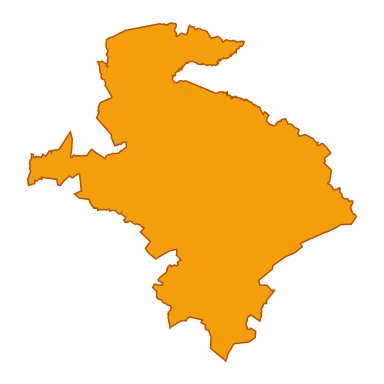 Olinalá, Guerrero, Mexico (Mercator projection)
{"feature_id": "50627088B95412074222990", "entity_name": "Olinalá", "entity_type": "district", "adm_level": 2, "iso_a3": "MEX", "parent_name": "Mexico", "parent_adm1": "Guerrero", "projection": "mercator", "projection_center": [-98.791, 17.883], "detail": "fine", "context": "isolated", "style": "filled", "palette": "amber", "viewbox_px": 384, "rotation_deg": 0, "n_neighbors": 0, "source": "geoboundaries", "source_scale": "gbopen_adm2", "svg_char_len": 5877}
<svg xmlns="http://www.w3.org/2000/svg" viewBox="0 0 384 384"><path d="M42.7,154.2L41.6,157.3L35.9,156.4L35.6,157.8L35.0,157.9L33.5,157.0L33.7,154.9L31.5,154.0L31.4,158.5L30.0,160.7L29.7,164.6L30.5,165.9L29.5,168.3L30.6,171.1L27.7,179.2L28.5,185.5L34.7,183.6L34.9,180.4L37.3,181.0L39.4,178.6L42.0,179.3L41.4,177.3L56.9,179.4L57.6,184.8L60.4,185.5L63.6,181.2L69.3,176.0L72.3,178.0L77.5,174.1L79.6,173.8L81.2,189.9L81.8,190.7L74.5,194.0L79.3,198.2L89.1,199.4L89.9,202.2L91.9,205.8L94.1,208.2L94.5,207.8L94.9,207.8L94.5,208.2L97.5,208.3L97.7,210.4L99.3,209.8L106.1,209.5L105.9,210.0L106.2,210.1L108.3,209.6L109.0,209.0L109.6,209.3L109.8,211.1L112.4,210.3L115.2,210.5L118.6,214.0L120.8,213.7L121.6,212.8L121.7,214.3L125.5,216.9L124.9,219.0L123.7,220.5L124.3,220.8L124.8,222.0L127.1,222.4L129.4,221.3L131.1,221.3L133.4,223.5L135.6,224.2L137.7,223.9L138.3,224.6L140.1,224.7L141.7,226.9L143.7,227.3L144.2,228.1L140.5,232.1L150.0,241.3L149.8,242.3L145.4,248.3L147.9,252.2L155.6,258.9L169.5,250.8L176.7,249.4L176.9,252.5L176.4,255.1L180.8,259.7L180.1,259.7L179.0,261.3L177.4,262.3L178.1,264.7L176.0,265.9L174.7,264.9L171.3,267.0L171.2,265.4L169.4,265.1L169.3,265.8L167.3,267.6L167.5,269.2L166.7,269.6L167.2,270.8L166.4,272.3L159.8,277.5L158.1,279.9L158.8,281.3L162.2,282.4L162.4,285.2L158.2,285.2L156.6,284.3L154.4,284.2L152.6,287.6L156.4,291.1L156.7,296.5L157.4,298.6L161.7,300.0L163.2,302.7L165.0,303.1L167.9,305.1L170.7,305.6L170.7,306.9L171.4,307.6L170.3,310.7L169.4,311.2L167.8,314.0L168.8,314.6L168.0,316.5L170.1,328.0L170.8,327.1L179.9,321.4L184.1,320.4L185.8,321.0L187.4,318.5L189.5,316.8L202.3,319.9L201.0,322.7L205.7,324.9L205.1,327.7L205.4,328.6L206.2,329.8L208.6,330.3L211.1,337.1L210.5,348.3L225.8,361.0L227.7,354.4L233.9,343.7L248.6,342.1L255.2,337.7L255.7,331.4L250.8,328.2L249.7,329.5L247.3,329.0L247.5,327.5L245.9,324.7L247.2,320.4L247.4,317.8L249.6,316.1L249.8,315.1L251.2,315.2L259.9,321.2L261.6,314.8L260.6,313.4L261.7,312.4L261.4,308.4L262.6,307.2L262.5,306.8L264.4,303.2L266.6,303.6L266.5,300.6L274.7,290.3L271.3,290.4L267.0,285.2L259.9,285.1L258.6,280.5L272.3,269.1L273.0,265.4L285.9,256.5L294.3,253.0L302.3,246.8L300.6,244.0L300.6,243.2L324.6,232.5L327.1,231.9L336.3,227.5L340.9,224.6L351.3,224.2L356.3,216.9L355.6,215.2L352.4,213.0L352.1,211.3L351.0,209.5L350.7,206.9L352.4,203.6L352.8,202.0L352.4,200.9L348.9,201.2L347.5,198.5L345.4,199.2L342.3,197.4L341.8,194.0L340.6,192.8L339.6,190.9L340.3,188.7L339.7,187.9L338.6,187.9L338.0,189.2L333.5,189.8L332.2,186.8L331.1,186.1L330.7,185.1L327.8,183.8L327.8,183.2L329.2,182.2L329.9,180.3L331.4,170.1L323.9,162.8L325.3,161.5L324.5,158.2L330.2,153.6L330.5,152.5L327.5,148.7L326.8,147.2L324.4,145.5L322.9,143.7L321.2,143.8L319.5,145.2L317.8,145.3L317.2,144.5L318.1,142.6L315.7,142.4L313.3,138.8L305.4,134.6L299.2,136.2L297.7,133.6L298.9,130.9L298.8,129.5L294.2,127.0L292.7,125.2L290.5,124.0L288.3,124.3L285.6,118.7L281.4,119.7L281.0,121.3L279.3,121.1L278.4,122.1L277.3,122.3L276.8,123.7L275.9,123.1L276.5,124.2L275.0,125.6L273.6,126.0L272.5,125.1L269.9,124.6L266.7,121.0L266.8,119.4L267.7,116.7L268.9,115.3L267.6,114.4L267.3,113.5L264.6,112.0L263.3,114.4L260.1,109.1L260.4,108.3L260.1,107.9L258.8,106.8L257.3,106.6L254.6,104.8L253.4,104.6L251.5,102.3L248.4,101.2L247.1,99.6L246.6,100.1L245.6,99.3L245.1,100.3L244.3,100.0L244.0,100.4L241.9,98.6L241.2,99.1L241.0,98.5L236.7,97.4L236.2,96.5L235.3,97.1L234.6,96.4L233.8,97.3L232.0,96.8L232.7,98.2L231.3,98.8L230.4,97.6L230.5,95.7L228.6,95.1L227.5,95.7L226.8,95.5L226.7,94.9L227.5,94.2L227.3,92.9L226.7,93.2L227.0,92.1L225.6,92.9L225.0,92.3L223.6,93.1L223.3,92.0L219.9,91.9L216.1,93.4L185.5,80.7L183.0,81.4L181.7,80.8L179.9,80.7L177.3,82.7L175.0,82.7L173.8,81.9L172.5,79.4L172.8,76.8L173.4,76.4L173.0,76.2L173.7,76.1L173.6,75.3L175.1,75.3L175.7,74.6L175.3,73.1L177.0,71.8L177.1,70.9L179.0,71.1L179.3,69.3L179.7,69.7L181.8,69.5L182.1,69.0L181.1,67.9L182.8,67.3L182.6,66.3L184.6,65.1L185.9,63.0L187.8,63.3L187.7,62.2L192.2,61.3L196.3,62.6L196.6,63.5L199.6,64.4L201.0,64.1L201.9,64.8L202.9,63.6L206.5,65.4L210.8,64.5L211.9,65.7L213.9,64.8L214.6,65.4L216.0,65.3L217.3,64.7L218.5,63.3L218.5,62.6L217.0,62.6L218.5,60.1L219.4,60.1L219.6,60.9L220.2,61.0L221.3,59.4L222.9,58.8L223.3,58.1L225.5,58.3L226.0,58.8L229.6,56.9L230.0,55.6L230.9,56.2L231.3,55.9L231.2,54.7L231.7,54.9L233.0,54.3L235.4,52.0L236.2,52.6L236.3,49.3L238.7,48.6L239.7,46.3L241.7,46.4L243.1,44.7L244.2,42.0L243.7,41.3L240.8,41.3L236.8,42.3L234.1,40.3L230.3,41.1L226.2,39.7L223.0,42.1L221.5,39.4L218.6,36.9L216.9,36.4L214.9,37.5L211.1,38.1L206.9,31.5L205.5,30.7L201.9,29.9L200.1,28.5L197.3,28.8L196.0,29.4L194.9,29.3L194.1,27.1L190.6,26.4L189.6,25.4L188.6,26.9L187.8,31.8L186.7,34.3L184.5,34.4L181.4,33.2L177.0,36.6L176.1,36.0L176.6,33.5L174.6,31.2L174.9,29.1L176.2,26.3L176.2,24.5L175.5,23.4L174.2,23.9L172.2,23.0L169.4,23.3L167.7,25.0L165.2,24.7L163.4,23.9L162.2,24.5L160.0,23.7L125.5,30.4L111.7,37.4L110.0,37.5L106.5,39.7L105.9,46.0L106.7,49.0L108.0,50.4L107.8,51.9L106.3,54.4L108.2,57.5L107.4,60.1L107.6,61.7L106.9,65.4L108.1,66.8L107.5,66.9L106.6,65.8L106.6,63.5L105.2,63.4L101.9,61.0L100.7,61.9L98.2,61.4L97.5,62.0L98.3,62.6L98.3,64.0L99.1,64.6L99.5,65.9L100.1,72.6L101.7,74.8L101.0,76.2L101.1,77.3L102.0,78.1L101.6,78.6L104.5,80.0L105.7,83.0L105.0,85.5L106.2,86.8L112.0,97.4L110.9,98.3L109.7,98.4L100.2,102.8L98.2,107.5L98.7,108.9L97.9,110.6L99.1,112.0L96.5,117.9L111.5,134.8L111.3,137.3L114.8,145.8L115.5,145.1L116.7,145.6L117.4,144.5L118.3,145.0L118.8,144.1L121.1,144.2L123.1,142.1L124.9,142.0L126.2,142.5L126.4,147.2L124.1,148.4L122.5,150.5L120.7,150.6L119.1,153.1L117.5,153.2L115.8,153.9L112.6,153.3L110.8,154.5L108.2,154.7L106.4,155.8L105.3,158.7L95.2,152.2L91.6,149.2L86.6,155.6L76.0,155.8L73.5,155.1L71.8,157.5L71.2,157.7L70.6,156.9L71.9,147.4L72.2,139.3L70.4,131.8L59.0,149.5L52.6,150.5L51.5,152.3L51.5,150.7L49.0,151.1L46.0,156.2L42.7,154.2Z" fill="#f59e0b" stroke="#b45309" stroke-width="1.5"/></svg>